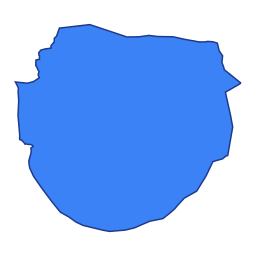 Makurdi, Benue, Nigeria
{"feature_id": "59680162B75733324884372", "entity_name": "Makurdi", "entity_type": "district", "adm_level": 2, "iso_a3": "NGA", "parent_name": "Nigeria", "parent_adm1": "Benue", "projection": "mercator", "projection_center": [8.495, 7.701], "detail": "fine", "context": "isolated", "style": "filled", "palette": "blue", "viewbox_px": 256, "rotation_deg": 0, "n_neighbors": 0, "source": "geoboundaries", "source_scale": "gbopen_adm2", "svg_char_len": 1429}
<svg xmlns="http://www.w3.org/2000/svg" viewBox="0 0 256 256"><path d="M36.0,60.0L36.0,60.3L36.0,61.0L35.9,61.6L35.8,61.8L35.8,62.6L35.9,63.6L36.0,64.2L35.7,64.7L35.8,65.4L36.3,66.5L36.8,66.9L37.2,68.1L37.9,69.8L38.4,70.4L39.0,71.9L38.7,72.6L38.5,73.3L38.3,74.0L38.2,75.0L39.3,77.7L33.5,81.6L27.4,83.2L15.4,82.0L18.4,87.9L18.1,91.2L18.7,101.2L18.0,115.2L19.7,135.0L19.6,139.5L20.4,139.7L21.1,140.0L21.3,140.0L21.7,140.4L23.1,141.7L23.3,141.9L24.0,142.7L24.7,143.5L24.9,144.1L26.5,144.0L27.4,144.2L29.1,144.6L29.9,144.3L31.5,144.8L32.6,145.6L33.2,146.4L30.8,148.1L31.0,148.4L31.2,151.1L30.8,154.0L30.2,155.8L28.8,161.0L29.2,165.2L29.8,168.2L33.5,176.2L41.2,187.4L52.2,202.1L60.4,212.2L68.9,217.0L76.1,222.1L83.1,225.4L102.9,230.2L109.6,231.4L125.1,230.1L134.4,227.9L144.2,223.6L149.9,221.2L162.9,218.6L170.2,212.8L174.9,208.6L177.9,205.0L184.3,198.1L196.7,191.1L206.2,175.7L212.9,161.6L222.6,158.8L225.9,156.0L227.7,155.6L232.7,127.0L230.5,115.2L225.4,92.2L240.3,83.6L240.6,82.9L224.3,69.7L223.7,67.2L221.9,62.4L222.6,55.8L219.2,50.9L217.3,43.1L213.0,41.8L207.8,41.4L204.1,42.0L201.7,41.9L198.1,41.8L194.9,41.1L190.0,40.3L184.6,39.3L173.2,36.8L162.7,36.6L157.6,36.5L148.4,35.4L147.9,35.6L139.0,36.8L127.0,37.0L89.8,24.6L59.4,28.1L56.5,36.3L54.3,38.3L54.2,41.9L51.0,45.7L51.0,48.1L44.9,49.0L40.8,50.1L38.8,52.6L38.9,55.1L39.5,56.0L39.4,59.4L39.0,59.5L38.1,59.5L36.0,60.0Z" fill="#3b82f6" stroke="#1e3a8a" stroke-width="1.5"/></svg>